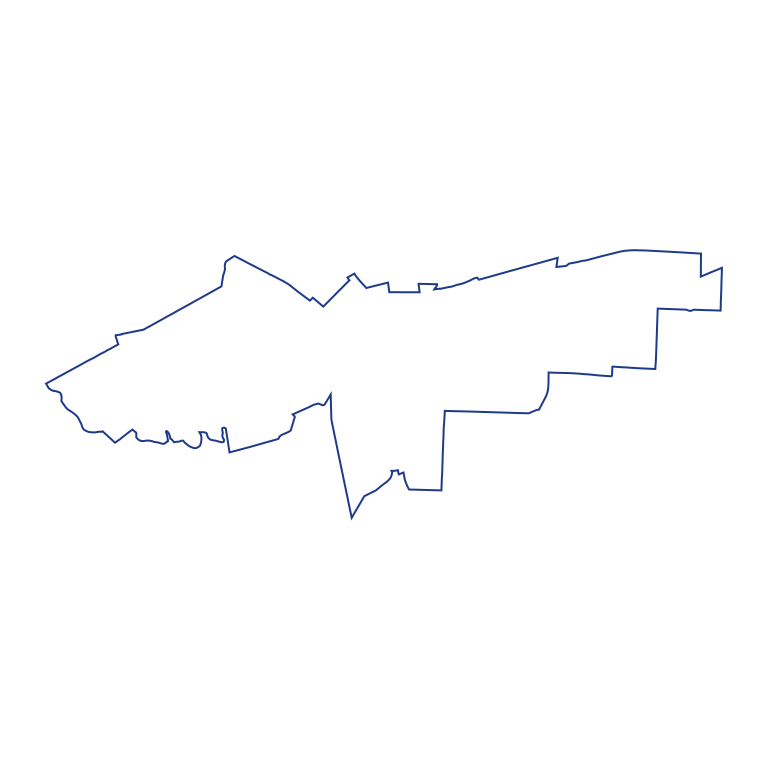 Vasilati, Calarasi, Romania (Natural Earth projection)
{"feature_id": "2599482B17575272178188", "entity_name": "Vasilati", "entity_type": "district", "adm_level": 2, "iso_a3": "ROU", "parent_name": "Romania", "parent_adm1": "Calarasi", "projection": "natural_earth1", "projection_center": [26.428, 44.284], "detail": "fine", "context": "isolated", "style": "outline", "palette": "blue", "viewbox_px": 768, "rotation_deg": 0, "n_neighbors": 0, "source": "geoboundaries", "source_scale": "gbopen_adm2", "svg_char_len": 5748}
<svg xmlns="http://www.w3.org/2000/svg" viewBox="0 0 768 768"><path d="M721.9,267.8L718.2,269.4L711.9,271.9L706.3,274.3L700.8,276.6L701.0,253.6L677.8,252.2L670.5,251.8L663.2,251.4L646.0,250.5L634.9,250.2L631.1,250.3L624.7,250.8L620.3,251.6L616.6,252.5L600.1,256.6L585.7,260.5L581.9,260.9L579.1,261.7L568.9,263.7L566.8,265.5L565.6,266.0L556.4,267.0L556.9,263.4L557.6,258.5L557.7,257.8L527.2,266.3L522.3,267.6L479.0,279.7L477.1,277.6L473.8,278.5L472.5,279.2L469.8,280.6L468.4,281.2L465.5,282.4L463.8,283.1L461.9,283.7L459.3,284.4L458.0,284.6L456.8,284.9L455.6,285.3L453.7,286.0L451.7,286.6L449.0,287.0L446.2,287.6L440.9,288.7L438.5,288.8L436.6,289.1L434.3,289.4L434.8,288.6L435.9,287.2L436.9,285.6L437.0,284.2L434.5,284.2L423.3,283.9L418.6,283.8L419.6,292.3L389.3,292.2L388.0,282.6L366.2,288.0L365.6,287.1L363.0,284.4L359.6,280.6L358.0,278.7L355.9,276.1L354.4,273.6L347.5,277.5L348.3,278.9L349.1,280.1L349.4,280.3L338.5,291.2L323.3,306.6L312.8,297.7L309.9,300.6L297.4,291.3L296.6,290.6L289.1,284.7L287.3,283.5L283.3,281.2L271.2,274.9L270.1,274.6L269.3,274.3L268.5,273.5L264.7,271.6L251.6,264.9L243.2,260.5L240.9,259.3L237.2,257.4L234.6,256.0L232.8,257.0L232.2,257.4L226.7,261.0L226.3,261.4L226.0,261.6L225.8,262.0L225.4,262.7L225.2,263.5L225.0,264.1L224.9,264.6L224.8,265.5L224.8,265.9L224.9,267.7L224.9,268.8L225.0,269.2L224.9,269.6L224.7,270.5L224.6,271.1L224.3,272.1L223.9,273.4L223.8,273.9L223.7,273.9L223.3,274.8L221.8,283.9L221.5,285.7L221.4,286.4L201.5,297.5L166.2,317.1L143.4,329.7L121.8,334.0L121.7,334.4L115.7,335.3L115.6,336.1L116.4,338.6L117.5,342.0L118.3,344.4L117.0,345.1L116.5,345.4L115.6,345.8L113.7,346.9L112.4,347.6L112.1,347.7L111.7,348.0L111.1,348.4L108.0,349.9L106.9,350.5L105.0,351.7L102.6,352.9L101.3,353.5L99.3,354.6L96.7,356.1L94.2,357.6L93.3,358.1L93.1,358.2L92.5,358.4L91.3,359.0L89.1,360.1L85.3,362.1L81.5,364.3L77.5,366.5L75.4,367.6L75.2,367.8L74.9,367.9L73.1,368.9L69.4,370.9L46.1,383.6L48.5,387.9L49.3,388.7L50.8,389.7L53.1,390.8L55.6,391.1L56.7,391.4L58.4,392.0L59.8,392.6L60.3,393.0L60.8,393.8L61.4,395.6L61.6,397.2L61.6,398.8L61.4,401.2L65.0,406.3L65.2,406.6L65.9,407.5L66.1,407.7L66.9,408.5L67.6,409.3L69.4,410.4L70.4,411.1L70.8,411.3L74.8,414.2L77.0,416.3L78.0,417.5L81.2,423.7L82.1,426.5L82.9,428.3L83.9,429.6L85.7,430.7L88.2,431.8L89.7,432.1L93.9,432.5L96.7,432.1L98.1,431.9L98.9,431.7L99.6,431.6L100.5,431.8L101.3,431.9L101.5,431.8L102.6,431.3L109.8,437.9L110.5,438.5L115.0,442.7L116.7,441.5L118.5,440.2L119.8,439.4L122.7,437.0L126.0,434.4L128.7,432.3L132.4,429.6L136.1,432.6L136.4,433.9L136.2,436.9L136.4,437.4L137.5,438.8L138.7,439.8L139.8,440.5L141.4,441.0L143.3,441.1L145.3,440.8L146.4,440.6L147.8,440.6L149.8,440.7L152.6,441.3L154.1,441.9L157.8,442.4L158.8,442.7L161.1,443.4L162.8,443.8L164.0,443.8L165.6,442.9L166.4,442.0L166.7,441.7L167.5,441.7L168.0,441.1L168.0,440.6L167.0,435.0L166.3,432.7L166.0,431.6L166.1,431.3L166.4,431.0L166.8,431.1L167.3,431.5L167.8,432.0L168.4,432.7L169.0,433.7L169.4,434.8L169.9,436.1L170.1,437.1L170.2,437.3L170.2,437.7L170.2,438.2L170.4,438.6L170.5,438.8L170.9,439.1L171.3,439.2L171.7,439.4L172.0,439.7L172.2,439.9L173.5,441.5L174.1,442.3L176.4,441.8L177.6,441.7L178.9,441.7L179.7,441.4L180.9,440.9L181.6,440.7L182.1,440.6L182.6,440.6L183.3,440.8L184.3,442.1L185.2,443.0L188.8,445.9L190.5,446.8L193.6,448.0L194.5,448.1L196.0,448.1L196.6,447.9L198.5,446.9L199.9,445.8L200.2,445.3L201.3,441.3L201.5,438.0L201.0,435.1L199.4,432.2L203.9,432.2L206.2,432.9L206.9,433.9L207.5,436.3L208.5,438.1L210.2,439.5L211.5,440.0L215.6,440.7L220.8,442.1L223.2,442.1L223.9,441.6L224.0,439.6L222.8,437.9L222.3,435.4L222.8,432.9L222.3,430.3L222.1,428.8L222.3,428.3L223.0,427.8L224.1,427.7L225.8,428.5L229.5,452.4L250.2,446.9L268.1,441.8L275.7,439.7L277.8,439.1L278.5,438.6L278.9,438.1L279.2,437.3L279.7,436.4L280.3,435.8L281.5,435.0L286.3,432.9L288.2,432.1L290.3,430.8L290.9,430.2L291.4,428.3L293.6,421.0L294.8,417.0L294.7,416.5L294.3,416.0L292.7,414.4L308.2,407.5L313.2,405.0L316.8,403.9L318.2,403.6L319.0,403.7L320.6,404.4L322.0,405.1L323.4,405.2L324.5,404.7L329.7,396.2L330.7,394.5L331.1,410.0L331.4,419.7L338.3,453.4L351.7,517.8L364.0,496.7L364.3,496.2L368.2,494.2L375.9,490.4L381.2,486.0L387.3,481.4L390.0,478.6L391.0,476.8L391.8,474.5L392.1,472.6L392.1,472.1L391.5,470.9L393.5,470.9L394.8,470.8L397.9,470.2L398.5,473.7L398.8,474.4L403.5,472.5L404.3,476.7L404.7,479.2L405.6,482.0L406.7,484.7L407.1,485.7L409.0,489.5L441.4,490.4L441.5,489.2L441.5,487.7L441.6,485.6L441.7,482.0L441.8,479.8L441.9,477.7L442.0,476.6L442.1,474.5L442.2,472.3L442.3,469.7L442.3,467.6L442.4,465.5L442.5,463.5L442.6,461.0L442.6,458.9L442.7,455.3L442.8,453.8L442.9,450.2L443.1,446.0L443.2,443.3L443.2,441.2L443.5,437.2L443.5,435.7L443.6,432.0L443.6,430.0L443.8,426.3L444.2,422.3L444.3,419.2L444.6,415.4L444.8,411.0L444.8,410.9L445.5,410.9L455.3,411.2L465.2,411.4L504.5,412.6L516.6,413.0L528.1,413.3L529.1,413.2L529.7,413.0L531.4,412.1L533.4,411.3L535.0,410.7L536.0,410.2L537.4,409.8L538.0,409.7L539.0,409.7L541.2,405.5L544.7,398.8L546.2,395.9L547.1,393.5L547.9,390.2L548.2,387.7L548.5,382.8L548.6,372.5L554.0,372.7L569.4,373.1L580.0,373.7L583.7,374.1L590.0,374.5L598.3,375.4L606.8,376.0L610.9,376.3L611.3,376.2L611.6,376.0L611.9,375.7L612.0,375.4L612.3,368.9L612.3,367.1L612.4,366.8L612.6,366.7L612.9,366.6L613.3,366.6L616.8,366.9L619.6,367.1L623.4,367.3L627.6,367.5L629.9,367.7L631.7,367.8L633.4,367.9L634.7,368.0L639.7,368.3L655.3,369.0L655.9,359.8L656.3,349.1L657.1,326.0L657.7,308.6L668.3,309.0L678.8,309.4L686.5,309.7L687.9,310.3L689.9,310.9L690.7,310.9L693.9,309.7L696.3,309.8L704.3,310.1L718.4,310.5L720.6,310.6L720.7,307.4L720.7,306.3L720.8,305.3L720.8,302.8L720.8,302.2L721.1,294.9L721.2,292.4L721.4,285.4L721.7,275.0L721.8,272.6L721.9,268.6L721.9,267.8Z" fill="none" stroke="#1e3a8a" stroke-width="2"/></svg>